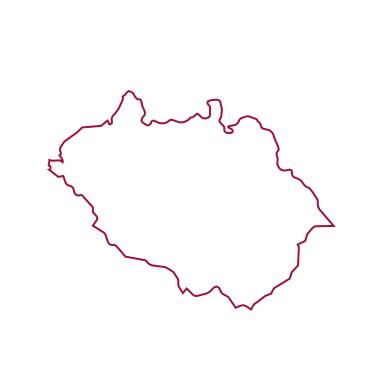 Lugo, Robinson projection, rotated 297°
{"feature_id": "ESP-5832", "entity_name": "Lugo", "entity_type": "Autonomous Community", "adm_level": 1, "iso_a3": "ESP", "parent_name": "Spain", "parent_adm1": "", "projection": "robinson", "projection_center": [-7.286, 43.039], "detail": "fine", "context": "isolated", "style": "outline", "palette": "rose", "viewbox_px": 384, "rotation_deg": 297, "n_neighbors": 0, "source": "natural_earth", "source_scale": "10m", "svg_char_len": 3297}
<svg xmlns="http://www.w3.org/2000/svg" viewBox="0 0 384 384"><g transform="rotate(297 192 192)"><path d="M147.0,54.6L147.7,55.4L148.9,55.1L150.3,54.5L150.6,54.0L150.5,53.0L150.8,52.1L152.0,51.7L153.1,51.6L155.8,50.4L156.3,53.1L160.3,60.0L159.8,63.1L161.2,62.6L163.2,60.1L164.5,57.3L166.5,57.9L167.9,56.9L169.4,55.3L171.7,54.5L178.0,55.2L179.9,55.8L193.1,62.6L199.6,64.8L209.7,81.0L217.3,84.3L216.8,85.1L216.4,85.8L216.0,86.3L215.0,86.9L215.0,88.4L217.1,89.3L218.4,88.7L219.7,87.7L221.6,86.9L223.9,86.9L227.2,87.9L233.3,88.8L243.1,88.4L245.7,86.9L248.6,88.3L251.3,88.7L253.3,90.0L253.5,93.9L252.4,96.1L250.7,98.5L249.9,101.2L250.9,103.8L250.6,104.9L250.4,105.2L245.5,109.2L243.2,112.4L241.6,113.8L240.4,114.5L239.2,114.7L238.0,114.7L236.4,114.1L234.6,114.1L232.7,114.6L231.7,115.7L231.4,117.0L231.0,121.1L231.2,122.2L231.7,123.1L233.8,124.1L236.6,123.9L237.6,124.6L238.3,125.8L238.4,127.3L238.4,128.9L238.5,130.7L239.0,132.9L240.0,134.9L241.1,136.4L243.3,138.5L244.6,138.8L245.9,139.6L247.1,140.7L248.4,149.2L249.4,151.2L250.3,152.7L251.5,153.8L255.1,156.3L256.3,156.6L257.4,156.7L259.2,158.9L261.7,160.0L263.0,160.4L264.1,161.1L264.1,162.1L264.0,163.4L262.9,166.2L262.7,168.2L263.2,169.6L264.0,171.1L265.1,172.2L266.3,173.1L267.6,173.4L270.3,172.4L273.3,170.7L274.8,170.2L276.0,169.4L276.8,168.3L277.1,167.1L277.8,165.9L278.8,165.1L280.0,165.0L281.4,166.2L283.0,168.2L285.5,172.0L285.9,174.2L285.6,175.9L279.6,180.8L278.3,181.5L272.5,183.8L271.0,183.9L269.4,183.7L268.3,184.0L267.4,184.5L266.8,185.5L266.2,186.6L265.8,188.0L265.3,189.9L264.4,191.3L263.2,192.1L261.9,192.5L260.8,193.8L260.4,195.9L261.3,198.2L262.5,200.1L264.0,200.9L264.7,200.6L265.4,200.2L265.7,199.8L265.8,199.4L266.0,198.8L266.0,195.0L266.4,194.8L267.4,194.9L270.7,199.3L271.1,199.7L272.4,200.8L273.7,201.3L275.2,201.6L278.3,201.5L279.7,202.0L283.4,205.4L284.8,207.2L285.3,209.2L286.2,216.7L284.8,218.5L284.5,220.3L283.8,221.8L281.0,224.7L280.8,227.1L282.1,232.0L282.1,233.6L281.5,235.9L280.6,237.8L275.4,243.3L271.8,247.9L270.1,249.4L268.5,250.1L267.1,249.9L265.8,249.6L264.2,250.0L260.5,253.3L255.9,255.2L255.2,255.7L253.4,258.1L252.6,259.7L252.3,261.5L252.8,264.1L253.8,265.8L254.9,267.2L256.0,268.4L256.4,269.7L256.4,270.9L254.9,272.1L253.5,272.9L252.2,274.1L251.5,275.8L251.9,281.3L251.8,283.6L249.0,289.3L248.6,290.9L248.7,294.6L247.3,298.3L242.1,307.4L236.3,310.8L234.4,313.4L226.1,333.6L217.5,317.6L215.3,315.9L207.1,313.9L200.4,315.0L199.1,314.6L193.2,310.0L191.3,312.3L174.7,319.8L165.7,317.3L159.2,318.4L143.4,308.7L137.6,308.5L137.4,308.7L132.7,304.5L119.9,298.2L114.2,297.9L114.9,291.7L114.6,289.8L113.6,287.8L108.7,283.4L114.9,272.1L115.2,265.7L115.8,263.6L118.9,259.7L118.9,256.7L116.9,254.9L111.8,253.4L108.6,251.4L101.2,243.2L100.7,240.4L103.5,231.0L97.8,229.8L101.8,223.0L103.3,221.8L106.7,220.1L108.1,218.9L112.0,212.3L112.8,207.3L112.9,202.2L108.4,189.5L108.3,186.8L108.9,184.6L109.6,183.1L110.0,181.5L104.2,162.1L109.5,149.1L109.7,147.3L109.2,146.0L108.5,144.8L108.0,143.2L108.2,141.6L109.0,140.2L114.7,134.2L115.8,132.0L117.0,118.9L124.4,120.0L126.2,119.1L127.4,117.4L129.0,112.9L133.4,110.6L138.9,96.3L139.1,95.3L138.8,94.5L136.9,91.5L136.9,89.7L137.7,87.9L141.5,84.3L142.0,83.4L142.2,81.2L141.7,77.6L142.5,75.6L147.8,70.0L144.8,66.0L147.0,54.6Z" fill="none" stroke="#9f1239" stroke-width="2"/></g></svg>